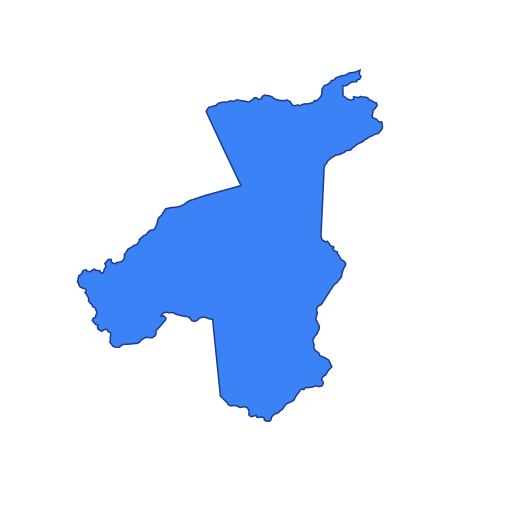 Jaguariaíva, Paraná, Brazil, rotated 244°
{"feature_id": "56859067B17690798383778", "entity_name": "Jaguariaíva", "entity_type": "district", "adm_level": 2, "iso_a3": "BRA", "parent_name": "Brazil", "parent_adm1": "Paraná", "projection": "orthographic", "projection_center": [-49.698, -24.34], "detail": "fine", "context": "isolated", "style": "filled", "palette": "blue", "viewbox_px": 512, "rotation_deg": 244, "n_neighbors": 0, "source": "geoboundaries", "source_scale": "gbopen_adm2", "svg_char_len": 4921}
<svg xmlns="http://www.w3.org/2000/svg" viewBox="0 0 512 512"><g transform="rotate(244 256 256)"><path d="M101.7,195.3L101.9,197.2L104.5,199.6L105.7,202.8L105.6,205.3L105.3,207.2L106.4,210.4L106.7,212.5L108.4,215.6L109.8,218.6L109.7,222.5L109.5,225.0L109.8,226.8L112.7,230.7L114.6,234.6L116.3,237.4L116.2,239.3L114.9,240.4L116.1,242.7L114.9,245.0L114.0,247.6L113.3,250.1L113.4,252.5L111.0,255.3L110.3,258.2L111.9,260.6L113.7,261.1L116.0,260.5L118.2,263.1L118.6,266.6L120.1,268.7L121.7,271.4L122.5,273.9L123.3,275.6L125.8,275.6L128.4,275.7L130.9,275.6L132.9,274.2L134.8,273.0L136.5,271.4L138.4,269.7L140.9,270.0L142.9,269.2L144.9,267.8L147.3,267.7L149.5,268.3L151.1,269.5L153.2,269.6L155.3,269.9L157.4,272.7L158.5,274.6L159.1,276.4L160.6,278.1L162.5,280.6L165.2,282.2L167.7,282.0L170.6,282.2L173.2,281.9L176.1,284.7L178.0,286.2L180.3,286.5L182.7,287.9L183.8,290.2L183.7,292.8L184.4,294.6L185.4,296.0L196.2,313.9L196.4,316.3L197.1,318.1L198.1,320.1L199.3,322.9L200.7,324.3L202.4,325.6L204.3,327.2L206.1,328.9L207.6,331.3L209.4,333.2L211.8,333.2L213.6,332.3L215.2,331.1L217.6,330.7L219.9,330.8L222.2,330.2L224.0,330.9L225.8,329.1L228.2,328.2L230.1,329.9L232.7,327.3L235.1,327.2L237.9,326.7L238.3,324.5L239.9,323.7L241.8,322.4L246.0,323.4L252.7,327.1L290.4,347.7L296.6,351.1L303.9,355.0L305.7,356.1L307.4,357.7L308.5,359.9L310.1,362.5L311.1,366.4L311.5,369.4L311.6,371.6L311.2,373.7L310.5,375.6L310.6,378.7L310.4,381.0L311.2,382.8L310.5,385.0L309.8,387.8L311.0,390.4L311.2,392.2L312.1,396.2L312.0,400.4L312.1,402.9L312.8,404.6L312.9,408.0L313.4,410.3L313.1,413.5L313.3,417.0L312.4,419.7L313.6,421.9L314.2,423.7L315.6,425.8L318.7,427.1L321.5,427.8L322.7,425.1L324.5,424.8L326.2,424.2L328.1,422.4L329.9,421.2L331.9,422.5L334.2,424.2L335.9,425.5L336.4,427.8L338.2,431.0L340.8,431.4L342.6,429.3L344.9,428.1L346.7,426.3L349.2,425.8L350.8,424.1L352.1,421.6L353.7,419.8L353.3,417.9L356.3,413.4L354.2,412.4L354.2,410.0L357.3,406.7L359.3,405.9L362.0,404.5L370.7,408.6L369.7,411.4L369.6,413.8L370.3,415.8L370.3,418.5L368.6,423.0L370.2,424.4L369.3,426.5L371.5,429.1L374.2,428.4L375.6,429.5L377.5,431.0L377.5,428.9L377.7,426.7L378.1,424.5L379.4,421.0L379.7,418.7L379.2,416.1L380.6,411.4L380.9,408.2L381.1,405.9L379.9,403.0L380.7,400.7L379.5,398.7L378.8,395.3L379.2,392.0L377.1,388.6L374.0,386.8L371.6,385.2L369.7,381.5L368.9,378.5L370.1,377.1L369.0,374.7L369.4,371.9L370.2,368.6L371.3,366.9L371.8,364.4L371.8,361.6L373.5,359.8L373.8,357.7L374.9,355.3L377.6,354.5L379.9,354.3L382.6,352.2L383.3,349.4L384.4,347.2L385.8,345.2L387.7,342.8L390.1,340.9L391.8,340.4L393.7,338.7L395.3,336.5L396.8,334.3L396.7,331.4L395.1,330.2L395.6,326.7L398.0,325.9L399.0,324.0L398.0,321.0L397.5,317.0L399.7,314.4L401.6,311.5L402.8,309.9L404.0,308.4L404.9,306.7L404.6,303.8L406.4,301.6L406.9,299.5L406.9,297.4L408.1,295.3L409.0,293.0L409.7,290.3L409.6,288.2L408.9,286.2L409.5,282.7L410.3,279.1L409.3,276.5L407.6,274.5L363.9,273.7L362.1,273.7L325.9,273.4L332.6,237.3L334.9,220.4L334.5,216.7L333.9,214.0L333.9,209.6L334.6,206.6L335.4,204.1L336.6,201.6L338.0,195.5L336.0,192.0L334.4,189.8L332.8,185.0L331.4,183.5L328.9,181.7L327.5,180.1L326.3,178.9L324.5,176.4L324.7,174.5L325.6,172.3L324.5,168.7L323.2,166.2L323.6,164.4L322.8,161.4L322.0,158.3L320.3,157.4L318.5,153.7L319.1,150.7L318.5,148.6L318.3,143.9L316.1,140.6L315.3,138.7L313.4,137.5L311.7,136.8L310.4,134.5L309.9,132.2L310.5,129.9L311.2,128.1L310.7,125.8L313.6,123.4L316.4,124.3L317.6,121.9L315.6,116.8L313.2,116.8L311.6,115.5L310.2,113.3L308.4,112.1L307.9,109.6L311.3,109.2L313.2,106.1L315.3,104.8L314.9,102.3L314.6,99.9L316.2,97.7L318.2,97.2L318.7,94.1L316.5,91.5L315.9,88.1L314.6,86.9L313.2,86.0L311.0,84.2L308.9,84.4L307.2,84.2L305.0,84.4L302.9,86.3L301.1,88.3L299.2,88.3L298.1,86.3L295.3,86.9L291.0,87.0L289.3,85.8L287.5,86.1L285.6,86.6L283.9,87.2L282.1,87.0L280.0,88.8L277.5,88.4L274.5,88.4L273.7,86.7L271.2,84.7L271.5,82.4L269.9,80.6L266.8,81.2L264.5,82.1L263.1,83.6L261.5,82.3L259.6,81.9L257.9,82.9L256.0,84.2L256.3,87.4L255.9,89.6L252.9,89.9L250.7,91.6L247.9,90.4L246.3,89.0L244.5,88.4L242.6,86.9L237.9,87.8L235.8,89.4L233.9,93.1L234.7,96.2L234.6,98.7L232.9,102.0L230.8,107.7L229.4,111.3L229.8,114.0L230.8,116.2L231.1,119.4L231.0,121.8L229.3,124.4L228.0,126.9L228.4,130.1L229.6,131.8L231.2,132.7L232.9,133.4L233.5,135.7L235.3,140.1L236.9,143.5L238.3,147.0L239.9,147.8L243.0,146.6L243.8,144.1L245.3,146.6L245.1,149.9L244.3,151.6L243.0,153.0L242.1,155.6L240.7,157.3L238.4,158.8L237.0,160.6L234.9,162.9L232.6,166.3L231.1,168.4L228.9,169.4L226.2,169.9L224.3,171.7L223.8,174.6L224.9,177.8L224.6,180.7L223.6,182.9L222.1,184.4L220.4,186.0L218.0,189.2L145.7,162.6L136.5,165.9L134.1,166.1L132.4,167.5L131.6,170.0L130.1,172.6L128.4,174.1L126.9,175.1L125.9,178.9L124.8,180.5L122.9,181.8L119.3,181.8L117.9,180.8L116.2,179.9L113.7,181.1L113.0,184.4L112.9,186.2L110.5,186.1L109.3,189.1L108.3,191.5L106.8,192.4L105.3,191.6L103.3,192.5L101.7,195.3Z" fill="#3b82f6" stroke="#1e3a8a" stroke-width="1.5"/></g></svg>